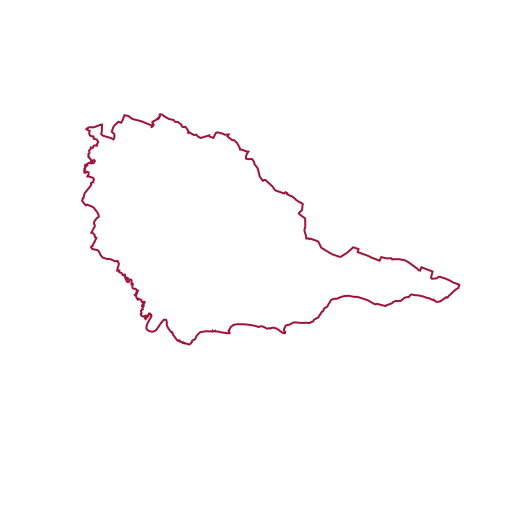 the district of Juan De Acosta, Atlántico, Colombia, rotated 199°
{"feature_id": "7082276B48285719364233", "entity_name": "Juan De Acosta", "entity_type": "district", "adm_level": 2, "iso_a3": "COL", "parent_name": "Colombia", "parent_adm1": "Atlántico", "projection": "orthographic", "projection_center": [-75.078, 10.827], "detail": "fine", "context": "isolated", "style": "outline", "palette": "rose", "viewbox_px": 512, "rotation_deg": 199, "n_neighbors": 0, "source": "geoboundaries", "source_scale": "gbopen_adm2", "svg_char_len": 6125}
<svg xmlns="http://www.w3.org/2000/svg" viewBox="0 0 512 512"><g transform="rotate(199 256 256)"><path d="M441.3,276.3L440.8,276.6L436.2,276.9L434.9,276.5L434.2,275.6L434.2,273.5L433.8,272.7L435.5,271.8L435.7,270.8L434.9,269.5L438.3,259.8L438.5,258.3L437.9,255.0L438.7,254.4L438.4,253.3L438.6,251.9L435.8,249.7L433.3,248.5L432.5,249.6L426.6,249.3L425.1,248.8L420.2,245.6L417.9,243.2L417.4,241.9L419.1,239.5L420.1,235.6L419.8,234.0L418.4,232.5L418.1,231.4L419.3,224.4L418.0,224.6L416.1,223.8L415.3,223.2L414.4,221.4L412.8,221.2L413.4,215.9L413.8,214.4L413.8,212.3L414.7,211.5L414.9,210.7L413.2,209.3L407.5,210.0L405.6,208.8L403.3,206.3L400.3,204.6L395.7,204.7L393.4,205.6L387.1,205.2L385.3,206.3L383.5,204.5L383.0,203.7L382.8,198.3L382.4,197.0L382.0,197.3L382.0,197.7L380.5,197.8L380.4,196.4L376.9,195.9L375.7,194.5L375.1,194.6L374.1,195.7L373.5,195.1L373.1,193.4L371.9,192.1L371.9,193.1L371.1,193.6L369.8,193.2L370.3,192.2L370.3,190.7L369.8,189.9L368.5,189.5L367.8,190.3L368.1,192.3L367.2,192.9L366.5,192.9L365.7,192.3L364.6,188.8L363.6,189.6L363.3,189.2L362.9,186.6L362.1,185.4L360.6,185.3L359.1,185.8L357.8,184.9L356.3,184.9L356.3,184.4L357.4,182.8L357.2,182.3L356.5,182.2L356.3,181.7L358.0,179.8L357.3,179.3L356.5,179.5L354.9,177.0L354.2,176.8L353.5,177.2L353.3,176.4L351.7,177.3L350.9,177.3L350.0,177.0L349.5,175.9L347.9,174.9L347.3,175.1L347.5,175.8L347.3,176.2L346.4,176.3L346.2,175.4L346.9,174.0L345.9,172.6L346.2,172.4L347.5,172.5L347.6,171.7L347.5,171.4L346.1,170.8L346.4,169.2L345.7,168.6L346.6,167.7L346.9,166.6L345.6,164.7L346.1,163.8L345.9,163.0L344.5,162.1L342.5,162.1L341.1,163.6L340.3,163.8L340.7,161.0L339.9,160.4L338.5,163.9L338.6,166.0L338.4,166.8L337.4,167.0L336.5,165.9L336.0,166.3L335.5,165.8L335.3,164.8L336.7,157.1L336.6,154.4L336.2,152.0L334.7,150.8L332.5,150.3L329.9,150.5L328.0,151.4L326.2,153.6L324.0,161.6L322.4,165.8L320.2,166.3L319.0,164.9L317.8,161.5L315.0,158.7L310.9,156.2L310.6,156.6L310.0,156.2L308.5,154.3L303.1,150.7L302.4,150.4L302.1,150.9L301.5,151.1L301.6,150.5L299.9,150.3L299.7,150.7L298.4,150.3L297.0,150.6L296.8,150.0L296.5,150.1L296.7,150.5L295.3,150.5L295.3,150.1L293.2,150.5L290.9,150.4L289.5,151.5L288.6,153.7L288.9,154.7L288.1,156.0L286.5,157.5L286.1,161.4L284.3,165.3L283.4,166.1L278.8,168.6L273.1,170.3L272.9,170.9L272.7,170.6L271.7,170.8L270.5,171.9L270.2,171.4L266.2,172.4L263.9,172.5L257.6,173.7L255.9,174.4L256.0,174.9L257.4,176.2L257.0,176.5L257.3,177.6L256.7,180.7L254.9,183.5L252.1,185.2L244.2,187.8L239.2,188.9L233.6,189.7L230.5,189.7L228.5,191.2L226.2,191.5L221.7,190.9L220.2,192.0L218.5,192.2L218.0,193.0L216.2,193.9L212.8,194.1L206.1,192.1L204.2,192.1L203.5,192.5L203.7,193.8L204.8,194.2L205.7,195.6L205.4,199.6L204.2,200.8L202.9,201.4L201.1,202.8L199.5,204.9L197.8,205.8L190.0,207.9L186.8,209.3L184.6,209.7L182.8,210.5L182.4,211.5L180.7,212.7L180.3,214.8L177.1,218.2L175.7,224.4L174.5,226.1L174.6,227.8L174.3,228.8L172.1,231.4L171.8,234.1L171.2,236.0L170.9,238.6L168.7,240.7L165.3,242.1L162.5,244.8L159.4,246.9L155.3,248.6L149.9,249.3L146.8,250.4L136.0,250.6L128.8,249.2L127.2,249.2L126.6,249.9L125.5,250.2L117.2,250.8L116.8,251.7L112.1,255.5L111.3,257.2L109.3,259.0L104.6,260.6L102.3,264.3L101.0,265.6L98.1,267.1L97.7,268.0L97.7,268.7L96.6,270.2L92.6,270.8L89.4,271.7L84.9,272.1L81.5,272.1L78.0,272.4L75.8,272.0L74.2,272.1L74.0,272.5L71.2,271.5L70.0,271.5L67.6,272.7L66.3,274.0L62.8,279.0L62.0,278.7L61.4,279.0L60.6,281.4L59.2,283.6L57.8,286.8L55.6,290.2L54.3,291.6L54.3,294.7L54.5,295.1L60.7,295.1L64.5,295.9L69.1,296.3L74.6,296.2L76.4,295.9L77.5,294.2L78.5,293.4L82.2,291.8L83.2,292.2L83.5,292.6L84.0,298.8L95.9,299.2L96.1,295.6L97.6,295.6L99.1,296.4L110.0,299.8L113.9,300.4L119.2,299.7L124.6,297.9L126.0,297.0L127.4,297.9L131.6,296.3L137.2,295.7L137.6,291.8L146.3,292.1L149.4,292.6L161.1,292.8L161.3,295.9L166.9,295.9L170.9,288.7L175.7,282.8L176.9,282.4L184.0,282.4L187.6,283.0L197.0,285.1L201.5,289.6L202.2,290.0L210.0,290.2L210.9,289.3L212.5,289.7L214.1,288.9L215.6,291.9L217.6,294.3L218.7,296.4L219.0,300.0L221.7,307.3L222.5,307.8L226.6,309.0L229.4,310.2L228.7,312.3L227.4,314.2L228.8,320.5L234.4,321.5L236.9,322.3L238.4,323.2L240.8,324.0L246.7,324.5L246.8,325.5L248.9,325.9L249.7,324.3L258.9,324.3L260.3,325.0L262.8,327.0L271.7,330.9L273.2,330.5L274.0,329.3L278.3,332.3L282.9,339.4L287.2,342.3L288.7,344.5L290.8,346.1L291.6,346.3L295.2,344.9L297.2,344.8L297.8,346.4L297.9,349.4L297.2,352.2L298.9,351.8L303.5,351.9L305.9,351.5L306.5,352.9L311.0,356.9L314.5,358.3L316.4,357.9L321.9,359.7L321.4,362.0L325.0,360.5L327.0,360.8L332.4,360.5L333.9,359.5L334.8,353.8L338.2,353.8L339.7,354.2L339.7,354.7L346.7,349.6L349.5,349.9L351.9,351.3L353.8,350.2L358.8,351.0L360.2,350.3L360.6,350.7L360.3,351.9L360.7,352.3L364.8,355.2L365.7,354.6L367.2,354.1L368.2,354.4L369.5,356.0L373.5,357.3L375.7,356.6L376.8,356.8L378.1,357.8L382.9,357.2L389.0,358.4L390.4,359.2L392.8,358.8L393.1,358.3L392.3,356.8L392.7,354.5L393.0,354.0L393.4,354.7L394.7,352.2L397.4,349.4L397.6,348.8L397.0,347.7L396.2,347.7L395.4,346.3L396.6,343.8L397.4,343.8L396.6,344.2L396.1,345.6L398.3,345.5L408.4,346.1L417.3,345.3L422.5,346.8L426.2,346.3L426.4,340.7L426.9,338.1L429.8,338.1L432.2,333.7L432.9,331.1L432.8,326.5L430.0,325.2L429.1,324.3L428.5,321.7L428.7,319.9L431.6,320.3L439.8,319.9L441.8,320.7L442.2,321.5L442.3,323.5L444.4,330.1L446.3,329.0L451.2,324.9L455.5,323.5L457.4,321.4L457.7,320.7L453.9,320.0L453.7,317.7L452.3,315.9L449.8,315.6L449.3,316.1L448.7,316.1L447.3,314.0L444.5,314.3L442.3,312.4L442.8,309.8L442.2,308.7L442.6,308.4L443.4,308.6L445.4,307.3L445.3,305.9L445.7,305.0L447.5,304.9L447.2,303.5L448.2,301.5L447.1,299.6L447.1,298.9L447.7,297.6L446.8,296.3L446.9,295.3L446.2,295.2L445.8,294.6L444.7,294.2L443.0,292.8L442.9,291.9L442.3,292.0L441.2,293.5L440.5,293.9L440.1,294.0L439.2,293.2L439.8,291.0L440.1,290.7L440.9,290.9L441.7,290.0L444.0,289.8L445.5,288.4L445.4,287.7L444.9,287.1L445.0,286.6L445.6,286.4L445.8,286.0L446.4,286.9L446.9,286.9L447.1,286.4L447.2,285.5L446.1,284.2L446.7,282.9L445.6,282.2L445.7,281.5L446.3,280.9L445.4,279.0L444.5,279.0L443.7,280.4L442.3,280.7L441.5,280.5L440.8,278.1L441.4,276.8L441.3,276.3Z" fill="none" stroke="#9f1239" stroke-width="2"/></g></svg>